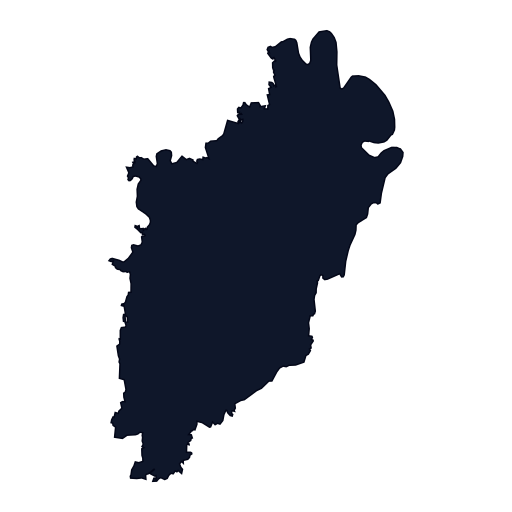 Meherpur, Khulna, Bangladesh (Equal Earth projection)
{"feature_id": "16705992B11914188004823", "entity_name": "Meherpur", "entity_type": "district", "adm_level": 2, "iso_a3": "BGD", "parent_name": "Bangladesh", "parent_adm1": "Khulna", "projection": "equal_earth", "projection_center": [88.762, 23.788], "detail": "fine", "context": "isolated", "style": "filled", "palette": "ink", "viewbox_px": 512, "rotation_deg": 0, "n_neighbors": 0, "source": "geoboundaries", "source_scale": "gbopen_adm2", "svg_char_len": 6048}
<svg xmlns="http://www.w3.org/2000/svg" viewBox="0 0 512 512"><path d="M380.1,202.9L381.4,193.2L385.1,177.7L387.9,173.9L395.9,168.2L400.5,162.7L402.7,156.4L403.0,152.5L400.1,148.5L400.2,149.0L396.8,147.5L391.7,147.4L384.0,150.7L381.2,153.0L378.1,156.9L374.5,157.6L369.0,155.2L361.4,147.7L361.0,145.1L362.3,142.3L364.6,141.0L368.5,141.4L368.9,140.9L374.1,142.6L378.3,143.0L384.0,141.9L386.8,140.2L390.9,135.0L392.4,134.3L394.4,130.0L394.7,127.2L394.5,119.3L392.8,111.2L388.8,102.1L384.9,95.3L375.9,84.7L369.5,79.5L365.4,77.1L358.7,75.8L352.5,76.1L351.2,77.2L343.7,88.0L341.8,89.1L340.1,88.0L336.7,65.0L336.9,51.9L336.0,42.4L334.2,37.6L331.4,33.5L329.6,31.8L326.9,30.7L319.1,31.9L313.0,39.0L311.5,42.1L310.3,47.3L310.8,60.2L310.0,62.8L308.2,64.6L306.1,64.2L302.2,60.3L300.0,57.0L298.5,53.2L296.8,42.8L295.8,40.4L294.6,39.3L290.1,38.6L287.4,39.2L283.0,41.7L281.3,41.9L275.4,46.7L272.0,47.4L270.5,46.4L268.1,47.3L267.2,49.6L268.0,51.0L269.1,50.8L269.3,52.1L268.6,51.5L267.8,53.4L271.4,58.2L272.8,59.0L273.1,57.8L273.9,57.5L275.9,61.0L275.3,61.5L274.6,60.9L272.6,62.8L272.7,67.7L273.5,70.1L274.3,70.3L273.5,72.0L275.1,75.5L273.7,76.3L273.9,77.6L276.5,86.6L275.8,86.9L275.4,84.8L273.9,85.9L273.1,83.5L271.8,82.5L269.2,82.1L269.0,84.7L271.2,87.4L268.6,88.6L269.7,94.6L267.3,94.9L269.6,104.6L267.9,105.5L267.8,109.0L264.3,108.8L265.3,105.8L260.2,106.7L260.3,105.7L258.5,102.6L251.3,102.9L249.6,107.1L246.3,104.8L244.8,102.6L243.6,102.6L243.0,105.1L240.9,108.0L238.8,107.4L237.5,109.0L237.7,112.5L239.5,112.3L239.1,114.3L241.3,113.5L241.7,114.3L238.3,114.4L237.3,115.7L239.4,119.5L240.0,117.9L240.4,121.9L241.4,119.5L242.8,119.3L242.8,121.4L241.7,123.1L240.9,122.4L239.7,122.8L238.5,120.8L238.0,121.6L238.2,123.5L227.6,120.4L223.8,133.9L222.5,135.7L218.3,138.7L216.8,140.7L210.7,141.2L208.2,143.2L206.0,143.2L205.4,147.5L209.0,158.7L206.9,157.6L205.9,158.1L203.1,157.2L202.8,159.6L199.7,159.0L197.4,159.5L196.8,161.2L197.5,162.4L197.0,163.5L193.0,161.3L193.0,160.0L189.5,158.4L186.3,159.6L182.0,156.2L176.8,162.5L171.8,163.8L170.2,160.7L171.6,155.6L171.3,152.2L170.0,150.7L166.0,149.8L161.2,150.9L156.9,153.8L156.3,156.4L157.4,163.7L156.2,166.5L153.8,166.0L147.7,158.7L143.8,159.2L141.3,157.7L139.4,157.8L137.4,156.3L136.5,157.0L136.3,158.9L134.3,158.5L134.1,160.1L135.2,161.7L134.9,162.7L134.0,161.9L132.8,162.3L133.7,163.9L132.8,164.9L132.9,167.0L129.9,167.7L126.5,167.2L128.9,172.8L127.5,176.1L128.5,177.8L128.0,179.6L129.0,180.7L130.4,180.5L132.2,178.7L133.2,176.5L135.5,176.0L139.1,177.0L140.7,178.7L141.0,180.2L138.3,184.0L137.1,189.3L137.4,196.3L136.3,202.1L136.9,206.6L138.4,208.9L145.6,213.7L149.4,217.3L150.4,220.3L150.4,222.3L149.5,224.7L147.3,227.3L147.1,229.3L146.2,229.5L145.6,228.4L144.1,229.1L143.4,231.2L143.2,228.5L139.7,228.9L139.1,225.6L137.5,226.4L135.2,225.6L134.9,227.2L136.6,228.6L136.1,226.6L137.6,226.6L137.5,229.3L140.8,232.7L142.4,232.4L142.3,234.1L142.8,234.5L144.5,234.3L145.1,235.4L144.6,236.1L142.2,236.2L141.6,236.9L142.3,242.1L141.0,244.9L138.0,246.0L133.5,244.8L131.8,245.4L131.4,247.7L132.9,252.1L128.4,258.3L124.2,261.8L122.9,262.1L119.1,260.3L112.2,258.4L110.3,259.0L109.0,260.7L111.3,261.6L113.4,261.0L112.3,264.3L115.3,266.2L115.5,267.6L117.2,269.1L120.3,269.7L120.9,270.7L123.1,271.7L126.3,271.5L127.1,272.3L129.5,271.6L130.4,274.3L130.0,278.3L131.1,283.7L131.0,292.3L128.6,292.4L128.2,295.1L127.0,296.6L125.4,302.3L124.1,303.6L121.8,304.1L121.4,305.5L123.1,306.0L123.9,304.7L125.5,314.2L123.6,314.5L123.1,317.7L123.5,321.3L125.5,321.3L125.0,316.1L126.4,315.9L127.4,317.4L127.6,322.2L125.0,322.2L126.1,325.4L125.5,327.1L121.4,327.6L120.3,330.4L120.3,339.1L119.2,338.8L119.2,339.4L119.8,341.3L119.7,344.1L116.9,346.1L118.4,355.8L119.6,359.0L119.1,362.0L120.0,363.8L119.4,378.3L124.2,379.7L126.0,389.5L125.3,392.1L123.7,393.2L123.9,397.3L125.1,401.7L122.5,401.6L120.7,402.7L121.9,408.2L118.9,411.1L118.3,413.4L115.2,412.5L114.1,417.3L113.1,416.9L111.7,419.7L111.1,422.7L112.7,423.1L113.1,425.4L115.6,427.1L114.6,437.2L122.5,438.4L127.1,435.2L135.6,434.7L137.9,433.9L139.9,432.2L142.8,432.7L142.2,435.3L142.6,437.6L142.2,441.0L143.3,444.1L142.0,446.6L143.9,447.7L141.8,448.8L142.0,455.5L142.8,458.0L142.9,461.4L138.7,462.7L135.3,461.9L134.0,465.8L131.7,469.9L131.0,475.0L130.3,476.2L130.6,478.1L136.8,478.5L141.7,477.9L145.9,479.3L145.6,475.3L146.5,474.1L147.9,474.0L154.0,469.2L154.3,469.6L149.8,473.4L154.9,476.1L155.9,475.6L156.4,478.0L155.9,479.4L154.9,478.1L153.9,478.2L152.8,481.3L156.7,481.1L158.6,478.8L160.8,477.6L164.7,479.5L167.2,478.4L168.7,475.4L170.9,473.3L173.2,473.8L175.2,470.9L176.9,471.8L178.1,470.5L181.6,473.5L182.5,469.3L180.8,467.3L179.5,463.9L181.6,461.5L183.3,463.2L183.2,460.4L187.8,459.3L189.5,457.4L189.9,455.2L191.8,453.9L191.6,452.9L190.6,452.3L186.5,452.3L186.7,444.9L187.4,444.2L189.1,444.8L189.1,444.0L187.7,443.3L187.9,442.5L190.7,440.5L191.2,438.3L192.3,438.0L191.3,434.8L188.6,434.6L191.0,431.7L190.7,431.2L191.2,430.7L192.5,430.7L193.6,429.4L194.9,429.9L196.9,424.3L196.9,421.3L202.2,422.6L209.5,427.2L210.6,426.9L212.6,422.0L215.1,424.7L217.5,423.3L220.0,424.1L222.8,420.5L223.9,414.6L225.9,410.2L226.6,410.2L227.9,413.0L230.2,415.5L232.2,416.1L232.7,414.4L231.7,413.6L231.6,412.2L232.2,410.7L234.5,411.3L234.1,410.4L235.3,408.1L234.8,404.1L235.2,403.5L240.7,400.5L244.3,399.7L256.6,390.6L261.4,388.3L268.8,381.1L271.9,381.0L276.8,371.8L279.6,368.0L283.1,366.1L286.2,366.7L289.1,365.3L295.6,365.0L303.9,362.1L305.9,355.5L308.3,354.2L310.4,350.6L309.5,349.0L311.1,348.0L310.6,344.9L313.2,341.0L313.0,340.1L311.4,339.6L312.4,337.4L311.9,336.3L308.6,335.8L309.2,328.7L308.5,322.8L310.2,315.8L312.8,315.8L313.7,313.9L314.5,313.8L315.3,311.1L314.0,299.4L314.6,295.4L316.1,292.8L316.2,288.8L317.5,283.0L317.1,281.0L318.2,280.6L320.0,275.5L321.2,274.8L322.9,275.5L322.9,278.1L324.7,279.6L327.5,279.1L339.7,273.7L341.6,276.9L343.2,276.8L344.2,274.9L345.7,261.3L348.2,250.6L350.0,245.1L354.9,234.5L355.9,230.2L356.1,224.9L358.1,222.7L366.4,217.5L367.6,214.0L368.3,207.6L371.2,203.9L373.4,202.7L376.3,202.7L377.8,204.0L380.1,202.9Z" fill="#0f172a" stroke="#020617" stroke-width="1.5"/></svg>